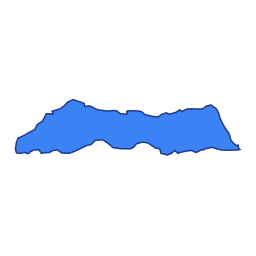 the district of Agios Georgios Lemesou, Limassol, Cyprus, rotated 91°
{"feature_id": "46923920B95496266056125", "entity_name": "Agios Georgios Lemesou", "entity_type": "district", "adm_level": 2, "iso_a3": "CYP", "parent_name": "Cyprus", "parent_adm1": "Limassol", "projection": "mercator", "projection_center": [32.898, 34.799], "detail": "fine", "context": "isolated", "style": "filled", "palette": "blue", "viewbox_px": 256, "rotation_deg": 91, "n_neighbors": 0, "source": "geoboundaries", "source_scale": "gbopen_adm2", "svg_char_len": 1456}
<svg xmlns="http://www.w3.org/2000/svg" viewBox="0 0 256 256"><g transform="rotate(91 128 128)"><path d="M108.9,76.5L111.5,80.4L113.5,86.8L112.1,90.0L113.8,94.6L116.4,98.1L115.9,104.3L114.8,108.3L114.6,110.8L111.4,114.9L110.8,118.1L110.7,126.7L111.1,129.4L114.2,129.4L113.9,135.9L110.9,139.8L110.8,142.9L111.4,149.3L110.7,155.3L110.0,159.5L106.6,166.6L107.1,171.8L104.2,172.2L102.6,176.7L100.6,183.5L103.1,188.8L106.6,191.8L110.0,196.3L112.6,204.2L115.4,203.1L115.1,209.9L122.6,213.6L126.1,218.8L131.4,221.4L134.5,227.5L137.0,231.2L140.0,237.7L140.1,237.8L144.7,239.4L151.2,240.2L154.9,239.0L155.3,234.7L154.2,231.5L155.4,227.3L153.3,225.0L151.6,221.6L151.3,216.7L154.9,214.2L154.3,211.5L153.8,205.9L151.8,202.7L151.2,198.1L154.2,193.7L154.2,189.6L154.3,186.5L152.3,181.0L149.2,174.7L146.3,169.2L145.2,164.6L141.0,160.6L140.1,153.4L143.4,148.0L147.9,142.6L148.8,135.1L148.8,125.4L147.1,121.9L143.7,119.4L141.8,113.1L142.7,107.5L145.0,104.2L147.6,100.1L148.2,96.0L152.8,94.6L154.3,88.2L152.6,84.2L149.8,81.0L152.6,77.3L151.7,76.3L149.9,68.7L149.4,63.8L151.3,59.9L150.3,57.2L148.4,54.0L148.6,52.1L147.9,52.2L145.9,43.8L148.3,35.1L148.5,28.7L148.1,18.2L147.5,15.8L146.9,16.7L143.1,17.7L144.0,18.8L141.4,22.4L138.3,24.9L133.4,26.3L129.9,28.2L127.0,30.5L120.8,34.2L115.4,36.6L111.7,37.6L107.1,40.1L103.5,45.6L104.9,50.4L107.5,53.2L107.9,58.4L107.8,60.5L107.7,62.0L107.9,69.0L110.6,74.7L108.9,76.5Z" fill="#3b82f6" stroke="#1e3a8a" stroke-width="1.5"/></g></svg>